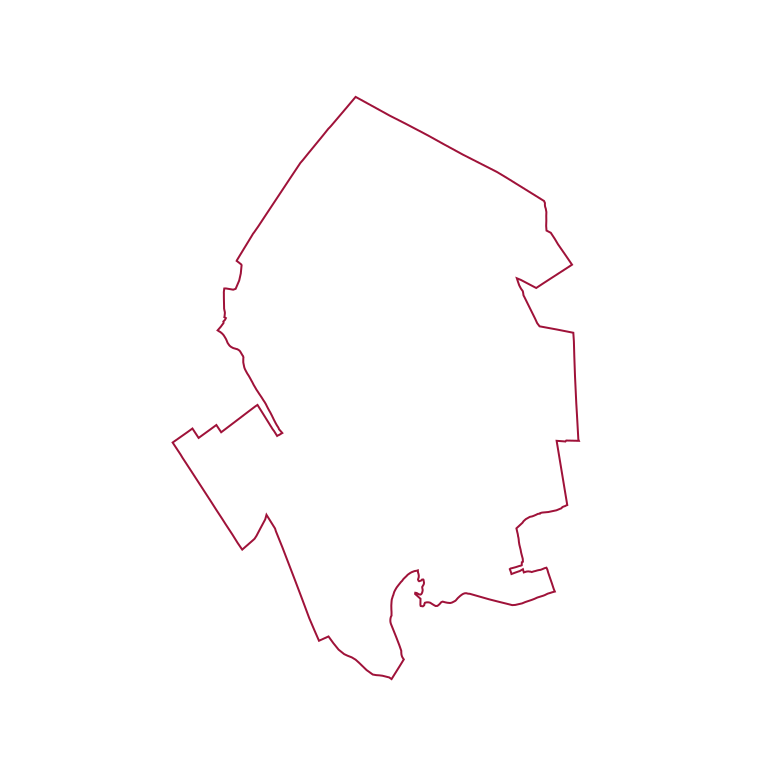 the district of SAG, Timis, Romania, rotated 69°
{"feature_id": "2599482B10512528259578", "entity_name": "SAG", "entity_type": "district", "adm_level": 2, "iso_a3": "ROU", "parent_name": "Romania", "parent_adm1": "Timis", "projection": "natural_earth1", "projection_center": [21.184, 45.66], "detail": "fine", "context": "isolated", "style": "outline", "palette": "rose", "viewbox_px": 768, "rotation_deg": 69, "n_neighbors": 0, "source": "geoboundaries", "source_scale": "gbopen_adm2", "svg_char_len": 5697}
<svg xmlns="http://www.w3.org/2000/svg" viewBox="0 0 768 768"><g transform="rotate(69 384 384)"><path d="M662.2,482.7L653.1,470.6L648.2,464.2L647.1,464.5L645.5,464.8L644.0,464.8L642.6,464.6L640.9,464.1L639.3,463.5L633.6,463.3L624.7,463.3L617.6,463.4L611.1,463.5L610.1,463.5L608.6,463.3L607.5,463.0L605.8,462.3L604.5,461.5L603.5,460.7L603.0,460.0L601.9,459.6L599.6,458.7L597.1,457.9L593.5,456.6L590.0,455.0L588.0,454.0L586.4,452.7L585.2,451.8L584.3,450.9L583.2,450.1L581.6,448.8L580.1,447.1L578.5,445.1L576.9,442.5L574.9,439.1L574.2,437.5L573.7,436.8L573.0,435.7L572.1,433.6L571.4,431.9L570.6,430.3L570.1,428.4L569.8,427.1L569.6,425.7L569.6,424.0L569.6,422.7L569.8,421.6L570.1,420.1L570.1,419.2L572.2,419.8L573.0,419.8L574.5,420.0L575.4,420.2L576.8,420.8L577.8,421.6L578.7,422.3L580.0,422.3L580.7,421.9L580.8,419.8L580.2,418.5L580.6,417.4L581.2,417.3L581.9,417.5L584.0,417.9L585.0,418.5L585.6,419.1L586.3,420.0L587.2,421.1L588.4,421.4L589.7,421.6L590.8,422.0L591.8,422.7L592.6,423.3L593.6,424.6L593.6,425.7L592.8,426.8L591.3,428.0L590.8,428.4L590.1,429.6L591.1,430.2L591.9,429.8L592.2,429.7L593.3,429.0L594.2,428.7L594.9,428.2L595.4,428.0L597.6,426.9L603.3,429.2L604.4,429.3L605.5,427.4L605.0,425.8L603.7,425.0L602.9,424.2L603.0,423.2L603.2,422.1L603.9,420.5L604.8,419.2L606.1,418.3L608.7,416.3L609.8,415.3L610.3,413.6L609.5,411.2L608.2,408.7L608.2,407.2L609.6,405.3L610.9,403.3L612.2,400.7L612.4,398.9L612.2,396.8L612.0,395.4L612.0,395.1L611.7,394.4L610.3,391.8L609.2,389.0L608.6,387.0L608.3,385.4L608.3,384.1L608.4,383.3L608.8,382.2L609.9,380.6L610.6,379.1L622.7,363.0L628.5,354.8L633.1,348.2L636.4,343.5L637.3,340.6L637.7,337.8L638.3,333.7L638.2,330.2L638.5,323.6L638.5,320.5L638.3,317.4L638.5,314.3L638.7,311.3L638.7,309.5L638.5,307.6L638.4,306.1L638.6,303.8L638.7,301.8L638.9,299.6L639.0,298.9L636.6,299.0L634.3,298.9L630.4,298.7L624.4,298.5L618.9,298.3L615.8,298.0L613.7,298.2L613.5,300.0L613.6,302.6L613.6,304.5L613.3,305.6L613.0,307.6L612.8,310.0L612.6,311.3L612.5,313.5L611.6,314.6L611.3,315.3L610.7,316.3L610.2,318.0L610.1,319.5L610.0,321.0L606.7,320.7L607.3,324.4L607.2,325.8L607.1,329.1L607.1,331.7L607.1,333.1L604.7,332.9L601.9,332.9L601.6,332.0L601.8,330.5L602.2,326.8L602.4,322.7L602.6,321.7L602.6,320.4L599.8,319.2L599.7,318.0L596.9,317.1L594.0,316.8L590.5,316.4L588.0,315.9L582.5,315.2L579.6,314.6L577.5,314.0L575.8,313.6L574.2,313.4L573.4,313.2L572.0,312.9L570.3,312.7L566.2,312.1L563.2,304.5L562.1,302.9L561.0,300.1L560.6,297.4L560.3,295.5L560.7,293.0L560.7,291.3L560.6,288.9L560.4,287.0L560.9,284.8L560.5,284.5L560.7,282.5L562.4,276.5L563.7,268.3L563.6,263.8L563.6,263.1L563.3,262.4L562.9,261.7L562.8,261.1L562.8,259.3L562.9,258.8L562.7,257.8L562.7,256.3L498.9,243.2L502.4,235.8L502.7,235.3L502.1,234.1L506.9,222.4L505.3,222.4L481.0,214.6L471.2,211.5L457.9,207.1L445.2,202.9L426.6,196.5L412.1,191.4L404.0,188.9L395.2,202.9L385.9,218.1L382.1,219.2L377.3,219.5L352.8,221.8L351.3,222.0L350.4,221.8L349.1,221.5L347.5,221.2L347.0,221.2L346.8,221.2L344.3,221.9L342.1,222.2L340.2,222.4L336.9,222.3L332.9,222.1L335.8,219.0L348.9,207.5L347.0,198.8L340.0,165.7L328.6,168.4L315.9,171.5L310.0,172.5L302.6,174.1L299.0,177.3L294.6,176.0L289.9,174.0L285.0,172.2L281.7,170.8L278.1,170.1L277.2,170.1L276.0,170.0L274.4,169.6L272.7,168.9L270.5,169.0L244.4,188.8L235.7,195.4L226.5,202.6L206.5,220.6L198.3,228.0L181.3,242.5L167.8,253.8L149.8,269.6L135.5,282.5L116.3,298.7L105.8,307.6L114.0,322.5L118.6,330.9L124.0,340.8L125.1,343.0L125.7,344.4L130.2,352.1L141.4,371.8L145.8,379.4L147.6,382.8L158.0,397.5L172.4,417.7L184.0,434.0L191.8,444.9L196.2,451.4L196.6,452.2L197.8,453.7L202.6,459.9L207.2,465.9L216.1,477.4L215.5,477.9L218.7,475.9L221.3,474.4L222.1,474.4L229.5,478.1L235.5,482.1L242.0,488.4L241.9,491.0L240.7,493.0L238.1,497.4L237.6,498.9L240.8,500.6L242.5,501.2L245.9,502.5L250.9,504.3L254.8,505.7L256.1,506.2L257.6,506.5L258.9,506.7L259.7,506.8L260.7,507.1L263.9,508.7L264.3,509.1L265.8,508.0L267.0,509.3L267.9,511.2L268.1,511.6L268.7,511.6L269.3,511.9L269.7,512.1L270.0,512.5L270.2,513.0L270.4,513.3L270.9,514.0L271.0,514.3L271.2,514.6L271.8,515.4L274.3,520.1L276.0,518.9L276.9,518.1L277.7,517.7L278.9,517.0L281.0,516.2L282.1,516.0L283.6,515.7L285.5,515.4L287.5,515.3L289.4,515.3L291.2,514.9L292.7,514.5L293.7,514.0L294.5,513.5L296.1,512.2L296.8,511.4L297.9,509.9L298.5,509.2L298.9,508.5L299.4,508.1L300.5,507.3L301.0,507.0L302.1,506.6L303.3,506.4L306.8,505.8L307.4,505.6L308.8,505.7L309.5,506.1L312.0,507.1L313.3,507.6L314.3,507.8L317.9,508.4L318.8,508.5L320.2,508.5L322.2,508.3L325.2,507.9L328.0,507.3L331.4,506.8L333.1,506.6L335.1,506.3L338.1,506.0L341.0,505.5L343.6,505.1L346.2,504.5L348.6,504.0L352.9,503.0L356.0,502.4L358.1,501.9L360.5,501.5L362.8,501.3L365.5,501.0L368.4,500.6L369.5,500.4L373.2,500.0L378.0,499.6L381.5,499.2L384.3,498.8L386.1,498.4L387.5,498.2L388.7,498.2L389.5,497.9L393.0,496.6L393.3,496.5L393.6,498.4L393.9,499.7L394.0,500.9L394.0,501.6L394.2,502.4L390.6,503.1L388.5,503.5L386.5,504.1L384.6,504.5L383.3,504.7L382.6,504.9L380.3,505.3L368.4,507.6L358.2,509.6L358.7,511.9L360.9,519.6L365.1,534.0L369.5,549.1L370.7,553.3L362.2,555.2L364.3,562.9L367.9,576.4L356.9,578.8L358.4,584.4L362.9,602.3L377.4,599.1L380.4,598.6L390.1,596.5L403.2,593.7L411.7,591.9L432.4,587.5L441.7,585.6L451.8,583.4L458.2,582.1L470.1,579.5L479.9,577.6L486.7,576.0L487.8,575.7L483.0,562.6L482.1,560.3L480.0,557.4L474.8,551.5L467.8,543.4L464.0,540.6L479.9,537.5L482.7,537.7L500.3,537.4L530.4,537.4L534.3,537.4L555.4,537.5L575.8,537.7L589.3,537.2L600.4,536.7L599.8,526.3L608.0,524.1L615.7,521.6L621.9,518.0L624.6,515.4L627.6,512.1L631.2,509.3L635.3,507.2L644.8,502.8L651.2,498.6L653.0,495.6L654.3,492.8L655.8,490.0L659.8,484.3L662.2,482.7Z" fill="none" stroke="#9f1239" stroke-width="2"/></g></svg>